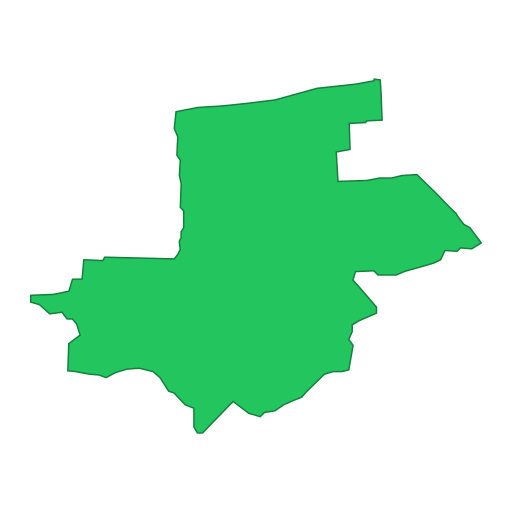 outline of Serhetabat, Mary, Turkmenistan
{"feature_id": "10190150B87689177497329", "entity_name": "Serhetabat", "entity_type": "district", "adm_level": 2, "iso_a3": "TKM", "parent_name": "Turkmenistan", "parent_adm1": "Mary", "projection": "robinson", "projection_center": [62.585, 35.938], "detail": "fine", "context": "isolated", "style": "filled", "palette": "green", "viewbox_px": 512, "rotation_deg": 0, "n_neighbors": 0, "source": "geoboundaries", "source_scale": "gbopen_adm2", "svg_char_len": 1976}
<svg xmlns="http://www.w3.org/2000/svg" viewBox="0 0 512 512"><path d="M73.7,320.5L76.7,324.1L80.1,335.1L69.7,342.9L68.8,343.6L67.9,368.2L67.8,370.8L75.6,371.6L89.6,374.2L99.1,375.0L106.1,377.6L115.7,372.5L127.0,369.1L139.2,368.2L153.1,371.6L160.0,377.6L168.7,391.2L173.9,392.9L185.2,404.8L193.9,408.2L193.9,418.4L193.9,427.0L197.4,432.9L202.6,432.9L233.1,401.4L248.7,413.3L254.8,415.0L260.1,416.7L264.4,412.5L274.9,410.8L283.6,404.8L293.1,400.6L301.8,397.1L306.2,392.0L324.4,374.2L333.1,371.6L341.8,371.6L348.8,369.9L353.1,345.3L348.7,339.4L352.2,331.7L352.2,324.9L359.1,320.7L376.5,313.1L376.5,307.1L359.0,286.8L352.9,280.1L355.5,271.6L373.8,270.8L378.1,275.0L396.3,275.0L404.1,271.6L433.6,263.1L440.6,259.8L444.9,250.5L457.0,251.3L460.5,247.9L471.8,248.8L481.3,242.9L480.8,242.2L474.3,233.6L472.3,230.9L469.9,227.7L463.8,224.3L458.6,217.6L456.0,213.4L451.8,209.3L449.0,206.6L445.6,203.1L435.1,192.3L416.9,174.6L402.1,175.5L391.7,178.0L379.6,178.0L367.5,180.4L366.6,180.5L338.0,181.4L336.3,152.7L336.3,152.0L340.9,151.1L349.3,149.6L350.1,149.4L349.9,144.4L349.2,123.4L365.6,122.6L366.5,120.9L382.1,120.1L381.6,107.2L381.1,94.1L380.8,88.7L380.2,79.9L374.2,79.1L374.2,80.7L369.7,81.6L364.6,82.5L356.0,84.1L340.5,85.8L317.1,88.3L274.7,100.0L274.1,100.1L262.2,101.5L247.9,103.3L223.7,105.8L218.6,106.2L208.4,106.8L197.7,107.5L187.4,109.5L176.1,111.7L175.6,115.9L174.4,127.5L174.3,128.5L175.4,131.2L177.8,136.9L177.3,145.9L176.9,155.3L178.6,157.8L180.3,160.4L179.4,175.5L180.4,180.0L181.2,183.9L180.3,207.5L182.8,209.9L183.7,210.8L183.7,212.1L183.7,227.7L181.1,231.9L181.1,236.8L181.1,237.8L179.3,241.2L180.2,249.6L177.6,254.7L175.7,257.0L174.5,258.5L174.1,258.9L105.3,257.2L104.7,257.2L102.9,260.6L84.7,259.8L83.9,259.8L83.8,260.1L82.1,279.1L74.1,279.2L72.5,279.2L69.5,289.3L69.0,291.1L62.0,292.7L53.3,294.4L31.6,295.3L30.8,295.3L30.7,302.1L39.4,304.6L49.8,313.9L50.5,313.8L62.0,312.2L67.1,319.0L72.4,319.0L73.7,320.5Z" fill="#22c55e" stroke="#15803d" stroke-width="1.5"/></svg>